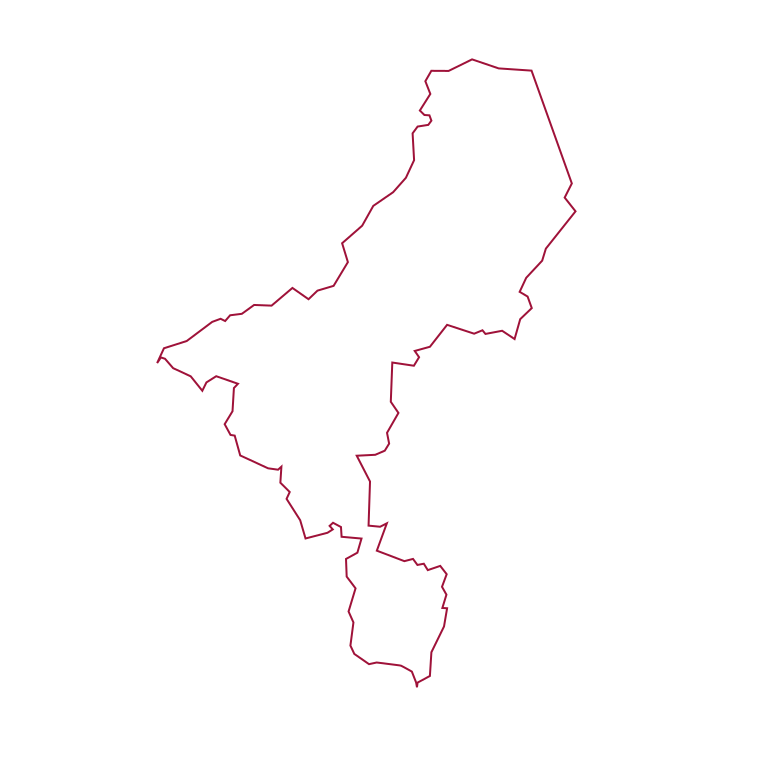 Valandovo, Valandovo, North Macedonia (Mercator projection), rotated 80°
{"feature_id": "65306769B91068225618475", "entity_name": "Valandovo", "entity_type": "district", "adm_level": 2, "iso_a3": "MKD", "parent_name": "North Macedonia", "parent_adm1": "Valandovo", "projection": "mercator", "projection_center": [22.574, 41.338], "detail": "fine", "context": "isolated", "style": "outline", "palette": "rose", "viewbox_px": 768, "rotation_deg": 80, "n_neighbors": 0, "source": "geoboundaries", "source_scale": "gbopen_adm2", "svg_char_len": 1756}
<svg xmlns="http://www.w3.org/2000/svg" viewBox="0 0 768 768"><g transform="rotate(80 384 384)"><path d="M126.1,297.5L127.3,292.6L132.9,291.6L136.5,295.4L136.3,306.2L142.1,312.3L168.8,315.5L184.7,326.6L196.7,341.7L206.7,363.6L224.3,378.0L238.1,400.8L257.7,398.4L278.6,416.6L280.5,433.3L287.4,443.6L273.5,457.5L287.3,481.1L283.6,498.2L290.2,511.8L289.6,523.6L294.4,529.5L291.4,533.6L293.0,542.4L307.4,570.8L310.6,594.5L324.0,603.8L319.1,599.1L321.1,595.3L331.8,588.9L342.9,573.0L359.1,564.1L351.6,558.6L347.2,547.9L358.4,527.8L361.9,532.5L384.5,537.9L395.9,547.9L407.5,544.0L408.9,540.0L429.4,538.0L446.9,512.8L450.0,503.2L447.6,499.4L463.2,503.2L474.0,495.6L480.2,499.9L503.6,490.2L522.5,488.1L520.7,465.5L518.3,459.7L514.3,462.2L511.8,458.3L517.4,451.2L527.1,452.3L532.3,433.0L545.5,439.5L549.7,451.8L567.2,454.2L580.3,447.5L601.9,458.4L613.5,455.5L635.8,462.5L644.7,460.1L657.3,447.4L657.0,439.6L658.9,433.3L659.6,431.1L662.7,421.1L663.8,417.6L664.4,416.1L666.3,413.6L670.4,408.5L672.1,406.5L683.6,404.2L688.4,404.2L683.9,402.8L679.5,389.5L656.4,383.9L633.2,367.0L615.8,360.8L614.7,365.4L602.3,359.1L593.8,362.1L582.2,355.3L572.9,360.2L574.9,373.2L567.9,376.0L568.0,382.5L561.3,385.8L562.0,394.7L546.9,420.0L521.7,405.4L523.9,412.6L520.8,423.8L477.6,414.7L449.9,423.3L452.2,404.9L449.8,394.8L443.6,389.3L432.6,389.5L415.0,374.8L402.7,380.4L364.3,372.1L371.2,351.4L363.7,344.8L356.8,348.0L355.3,332.3L336.7,311.6L350.1,286.5L348.2,277.7L352.3,275.4L352.1,258.4L362.4,247.6L343.8,238.6L334.9,225.3L322.8,227.4L316.8,234.4L304.1,225.5L290.0,206.8L278.8,201.1L247.2,165.4L231.8,173.7L219.1,164.2L101.0,184.3L93.1,216.3L79.6,240.9L86.9,266.0L83.8,283.0L93.0,290.7L106.4,288.0L120.9,301.2L126.1,297.5Z" fill="none" stroke="#9f1239" stroke-width="2"/></g></svg>